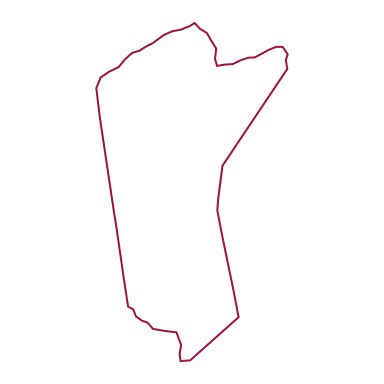 Joaquim Nabuco, Pernambuco, Brazil
{"feature_id": "56859067B87449360665449", "entity_name": "Joaquim Nabuco", "entity_type": "district", "adm_level": 2, "iso_a3": "BRA", "parent_name": "Brazil", "parent_adm1": "Pernambuco", "projection": "mercator", "projection_center": [-35.538, -8.57], "detail": "fine", "context": "isolated", "style": "outline", "palette": "rose", "viewbox_px": 384, "rotation_deg": 0, "n_neighbors": 0, "source": "geoboundaries", "source_scale": "gbopen_adm2", "svg_char_len": 752}
<svg xmlns="http://www.w3.org/2000/svg" viewBox="0 0 384 384"><path d="M287.3,68.9L285.8,59.9L287.7,54.4L282.7,46.9L276.1,46.9L269.3,49.6L260.9,54.1L254.8,57.4L248.5,57.7L240.9,60.1L232.7,64.1L224.7,64.6L217.1,65.9L215.0,59.0L216.2,48.6L211.6,41.2L206.8,33.0L200.0,28.8L194.6,23.0L190.1,25.9L181.4,29.5L172.2,31.3L163.6,35.1L153.0,43.0L145.4,46.9L139.5,50.7L131.9,53.0L125.1,59.3L118.6,67.1L109.3,71.6L100.7,77.4L96.3,88.2L99.8,117.1L114.0,212.3L115.9,223.8L124.1,280.4L128.1,306.6L133.2,309.4L135.9,316.3L141.8,320.6L147.5,322.6L153.0,328.9L165.7,331.1L176.4,332.3L181.1,345.0L179.6,354.3L180.6,361.0L190.1,360.4L238.6,317.2L233.9,292.5L222.0,234.8L217.3,210.2L218.3,197.9L222.5,165.7L287.3,68.9Z" fill="none" stroke="#9f1239" stroke-width="2"/></svg>